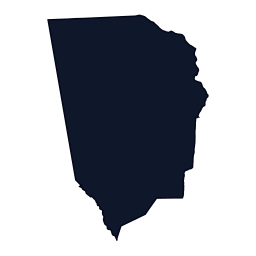 Ayoquezco de Aldama, Oaxaca, Mexico
{"feature_id": "50627088B77614818839858", "entity_name": "Ayoquezco de Aldama", "entity_type": "district", "adm_level": 2, "iso_a3": "MEX", "parent_name": "Mexico", "parent_adm1": "Oaxaca", "projection": "equal_earth", "projection_center": [-96.857, 16.668], "detail": "fine", "context": "isolated", "style": "filled", "palette": "ink", "viewbox_px": 256, "rotation_deg": 0, "n_neighbors": 0, "source": "geoboundaries", "source_scale": "gbopen_adm2", "svg_char_len": 4862}
<svg xmlns="http://www.w3.org/2000/svg" viewBox="0 0 256 256"><path d="M195.6,48.9L194.9,48.3L193.7,47.6L192.8,47.0L191.9,46.4L191.7,46.2L190.5,45.6L189.7,45.2L188.8,44.5L188.4,43.9L187.9,43.6L187.1,42.7L186.4,41.9L185.7,41.1L185.1,40.4L184.9,39.6L184.7,38.9L184.4,37.9L184.1,36.9L182.4,35.0L181.5,34.6L180.5,34.5L179.6,34.3L178.7,34.3L177.4,34.1L176.9,33.9L175.9,33.8L174.7,33.4L174.2,32.9L173.9,32.6L173.0,32.2L171.6,31.4L170.7,31.5L169.9,31.9L169.0,32.6L168.7,32.6L167.9,32.2L167.0,32.2L165.8,32.0L165.5,31.6L164.3,31.3L162.9,30.8L161.8,30.2L160.9,29.5L159.7,28.6L158.6,27.5L157.8,26.5L157.0,25.8L156.1,25.0L155.1,24.2L154.2,23.2L153.2,22.3L151.2,21.7L150.2,21.1L149.2,20.4L148.4,19.7L147.3,19.0L146.5,18.5L145.7,17.6L144.9,17.0L144.1,16.7L143.3,16.3L142.3,16.1L141.3,15.8L140.3,15.5L139.6,15.4L138.6,15.4L138.0,15.7L137.3,15.9L136.6,15.9L135.4,16.2L123.6,16.7L114.9,17.1L83.8,18.5L75.7,18.7L67.3,19.2L55.4,19.6L53.3,19.7L48.1,19.9L75.8,179.9L81.1,185.3L79.7,186.5L81.9,187.5L82.7,189.0L83.1,189.4L84.6,190.3L85.3,190.5L85.7,190.9L86.0,192.1L86.5,193.4L90.8,196.8L92.1,196.4L94.0,198.6L94.9,199.2L95.2,199.5L96.2,201.4L96.6,202.5L97.4,203.3L97.5,203.5L97.4,204.5L97.8,205.4L98.8,205.4L99.4,205.9L99.4,206.2L99.9,206.8L99.9,207.3L99.8,208.2L100.0,208.8L101.5,209.5L102.9,210.5L102.7,211.9L102.6,213.2L103.0,214.8L104.2,216.8L103.6,218.8L103.7,220.7L104.1,221.6L104.6,223.2L105.3,224.5L106.4,225.0L107.0,225.5L107.3,226.3L107.4,227.6L107.4,228.3L108.1,229.2L109.9,229.5L110.5,229.5L111.0,229.9L111.6,231.3L112.2,233.5L112.7,234.6L113.2,235.0L113.3,235.1L115.1,235.8L116.8,239.6L116.9,240.6L116.9,238.7L117.0,237.8L117.2,237.1L120.9,225.9L145.2,214.2L149.6,207.8L156.5,198.1L170.1,197.9L182.4,197.8L182.6,197.2L182.8,196.5L183.0,195.9L183.2,195.0L183.2,194.3L183.3,193.3L183.3,192.4L183.3,191.6L183.4,190.5L183.6,189.6L183.4,188.3L183.6,187.4L183.6,186.0L183.5,185.0L183.4,184.0L183.6,182.7L183.2,181.6L183.3,180.7L183.3,179.9L183.5,179.2L183.6,177.9L183.7,177.1L184.1,176.1L184.1,175.1L183.9,174.2L183.8,173.2L184.1,172.2L184.6,171.2L185.3,170.5L186.0,170.3L186.6,170.1L187.3,169.9L188.0,169.5L188.5,169.2L189.1,168.9L189.8,168.7L190.0,168.7L190.8,168.6L192.1,167.8L192.5,167.2L192.6,165.9L192.6,164.7L192.8,162.2L192.9,160.7L192.9,158.9L193.1,156.5L193.2,155.5L193.7,153.4L194.0,152.0L193.9,150.3L194.0,148.4L194.1,147.5L194.3,146.4L194.5,144.5L194.7,142.6L194.8,140.6L194.8,138.9L194.9,136.3L194.8,133.9L194.8,132.0L194.8,130.9L195.1,128.4L195.1,127.2L195.2,125.4L195.2,124.3L195.2,123.5L195.2,123.4L195.2,122.7L195.2,122.4L195.4,121.7L195.4,120.7L195.5,120.3L195.6,118.4L195.5,118.0L195.8,117.9L196.0,117.8L196.3,117.7L196.6,117.6L196.8,117.6L197.0,117.6L197.2,117.4L197.4,117.3L197.5,117.2L197.8,117.1L198.0,117.0L198.3,117.0L198.2,116.9L198.1,116.5L198.1,116.2L198.0,115.8L198.0,115.6L198.0,115.1L198.1,114.9L198.1,114.6L198.2,114.3L198.4,114.0L198.5,113.9L198.7,113.6L198.7,113.3L198.9,112.9L199.1,112.6L199.2,112.3L199.4,112.0L199.7,111.7L199.8,111.5L199.9,111.3L200.2,111.1L200.3,111.0L200.3,110.9L200.5,110.7L200.7,110.2L200.8,109.8L200.9,109.6L201.2,109.1L201.3,108.9L201.4,108.6L201.6,108.3L201.8,107.9L202.0,107.5L202.1,107.2L202.3,106.9L202.6,106.6L202.9,106.4L203.2,106.2L203.5,106.0L203.8,105.9L204.1,105.7L204.5,105.5L204.6,105.4L204.7,105.2L204.8,104.9L204.8,104.7L204.8,104.4L204.8,104.1L204.8,103.6L204.8,102.6L204.8,102.2L204.8,101.9L204.9,101.7L205.1,101.2L205.2,100.9L205.4,100.7L205.6,100.4L205.7,100.1L205.8,99.9L205.8,99.7L205.9,99.4L205.9,99.0L206.0,98.7L206.0,98.4L206.2,98.2L206.5,97.8L206.8,97.6L207.0,97.3L207.2,97.1L207.5,96.9L207.7,96.7L207.8,96.4L207.8,96.2L207.9,95.8L207.9,95.5L207.9,95.4L207.8,95.1L207.6,94.8L207.3,94.4L207.1,94.2L206.8,94.0L206.5,93.8L206.4,93.6L206.3,93.2L206.3,92.8L206.3,92.7L206.2,92.4L206.1,92.0L205.9,91.7L205.8,91.4L205.4,90.8L205.1,90.2L204.8,89.6L204.6,89.3L204.5,89.2L204.4,89.0L204.2,88.9L203.7,88.6L203.5,88.4L203.2,88.1L202.9,87.7L202.7,87.2L202.4,86.7L202.2,86.4L202.1,86.0L202.0,85.9L201.8,85.2L201.6,84.4L201.3,83.8L201.2,83.5L201.1,83.3L200.8,82.9L200.6,82.7L200.3,82.5L200.1,82.4L199.7,82.2L199.4,82.2L199.2,82.2L198.9,82.2L198.7,82.2L198.1,81.9L197.8,81.8L197.5,81.7L197.3,81.6L197.2,81.5L196.9,81.5L196.6,81.4L196.4,81.3L196.0,81.1L195.7,80.9L195.3,80.7L194.8,80.4L194.6,80.1L194.3,79.7L194.1,79.3L193.9,78.9L193.9,78.5L193.9,78.2L194.0,77.9L194.1,77.7L194.2,77.4L194.3,77.3L194.3,77.2L194.4,76.9L194.4,76.5L194.5,76.1L194.6,75.9L194.8,75.5L194.9,75.4L195.0,75.3L195.3,75.1L195.5,75.1L196.0,75.2L196.1,75.3L196.4,75.3L196.5,75.2L196.8,74.8L196.9,74.5L196.9,74.2L197.3,74.0L197.4,73.7L197.6,72.3L198.2,71.1L198.4,70.7L198.3,69.3L197.9,68.4L196.9,67.2L196.0,65.6L195.3,64.7L195.0,63.3L194.9,62.4L195.3,61.5L196.1,60.7L196.5,59.9L196.4,59.0L196.0,58.0L195.6,57.1L194.8,56.1L194.2,54.5L194.3,52.7L194.5,51.9L194.8,51.1L195.6,48.9Z" fill="#0f172a" stroke="#020617" stroke-width="1.5"/></svg>